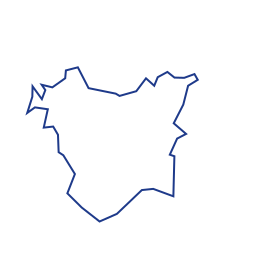 Estill, Kentucky, United States of America (orthographic projection), rotated 332°
{"feature_id": "52423323B66349402640259", "entity_name": "Estill", "entity_type": "district", "adm_level": 2, "iso_a3": "USA", "parent_name": "United States of America", "parent_adm1": "Kentucky", "projection": "orthographic", "projection_center": [-83.956, 37.698], "detail": "fine", "context": "isolated", "style": "outline", "palette": "blue", "viewbox_px": 256, "rotation_deg": 332, "n_neighbors": 0, "source": "geoboundaries", "source_scale": "gbopen_adm2", "svg_char_len": 663}
<svg xmlns="http://www.w3.org/2000/svg" viewBox="0 0 256 256"><g transform="rotate(332 128 128)"><path d="M63.3,46.4L58.2,55.5L46.1,67.4L55.5,66.1L66.0,73.8L53.8,88.1L62.6,91.6L63.0,101.1L55.4,116.8L58.1,121.7L59.5,143.7L43.8,157.2L49.8,176.5L59.0,197.2L77.9,198.6L111.1,189.3L121.7,193.6L136.0,209.6L155.7,174.7L152.4,171.2L166.4,160.4L176.5,160.5L170.6,145.3L187.8,133.3L200.9,118.9L212.2,118.2L212.0,111.6L201.2,110.1L192.7,105.3L189.1,97.0L178.1,97.1L171.0,103.0L167.2,92.6L152.6,99.4L135.6,95.7L133.3,91.9L111.9,74.3L112.2,50.9L100.2,48.0L95.9,54.6L80.3,56.6L72.1,49.3L72.8,55.7L65.5,62.1L63.3,46.4Z" fill="none" stroke="#1e3a8a" stroke-width="2"/></g></svg>